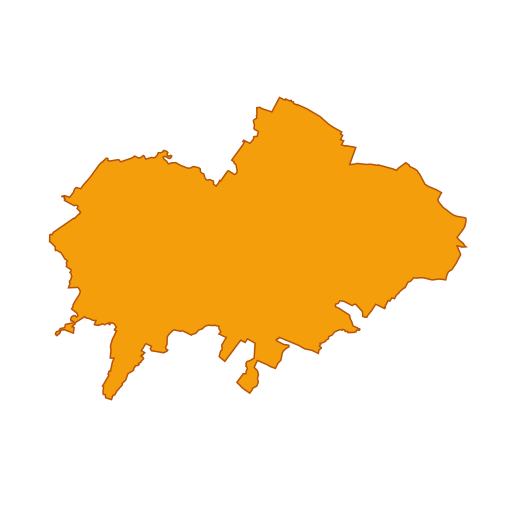 outline of Kota Malang, Jawa Timur, Indonesia, rotated 277°
{"feature_id": "22746128B9724218643478", "entity_name": "Kota Malang", "entity_type": "district", "adm_level": 2, "iso_a3": "IDN", "parent_name": "Indonesia", "parent_adm1": "Jawa Timur", "projection": "natural_earth1", "projection_center": [112.627, -7.981], "detail": "fine", "context": "isolated", "style": "filled", "palette": "amber", "viewbox_px": 512, "rotation_deg": 277, "n_neighbors": 0, "source": "geoboundaries", "source_scale": "gbopen_adm2", "svg_char_len": 6057}
<svg xmlns="http://www.w3.org/2000/svg" viewBox="0 0 512 512"><g transform="rotate(277 256 256)"><path d="M276.2,76.5L276.4,75.9L275.1,74.3L271.3,71.5L271.4,70.7L254.9,52.1L252.2,50.8L252.5,49.6L251.8,48.7L245.0,49.4L245.1,49.9L240.6,55.6L237.4,56.0L237.0,56.6L237.4,57.9L235.1,62.5L229.8,66.6L229.5,67.5L227.8,69.5L226.1,68.5L224.7,69.2L222.4,69.0L219.9,74.1L218.4,74.2L217.1,73.3L215.9,74.7L214.0,75.1L213.3,75.8L211.7,75.1L210.1,75.2L208.4,73.9L207.0,74.1L206.4,74.8L201.6,73.7L203.1,83.1L202.1,84.3L199.3,86.0L196.2,85.3L187.9,81.4L185.1,80.4L183.4,80.5L180.9,79.4L177.6,85.1L175.1,86.5L173.6,85.4L174.7,83.6L174.8,82.4L173.3,80.5L171.0,79.7L169.6,80.0L169.0,80.4L169.1,82.1L168.5,83.2L167.5,83.0L164.9,75.2L161.9,74.9L161.3,74.3L160.4,71.1L159.2,70.0L157.7,69.8L156.6,67.4L155.5,66.6L153.7,66.6L152.7,68.1L155.8,70.9L157.7,71.1L158.5,71.7L159.5,74.6L157.2,84.1L162.8,84.2L163.4,82.1L164.2,82.8L164.7,82.5L166.0,84.5L167.3,84.6L168.6,85.7L174.9,93.4L173.9,94.4L173.5,98.4L172.2,102.0L172.5,105.1L168.2,103.9L168.0,105.0L168.0,108.5L168.7,108.7L169.0,110.6L170.1,111.6L169.3,114.3L170.8,116.1L171.0,117.4L171.6,118.2L170.6,118.1L170.0,119.1L172.2,120.3L171.7,122.8L171.0,123.9L168.3,126.1L166.2,124.6L165.2,124.6L164.7,126.7L155.4,123.5L149.0,122.5L144.2,123.6L137.0,123.7L137.2,127.5L132.5,126.3L124.0,125.6L124.1,124.4L120.7,123.5L120.2,124.2L119.4,124.4L108.1,119.5L107.5,120.6L102.2,120.7L100.0,121.3L100.0,123.3L97.0,124.0L95.8,130.1L100.0,130.9L100.9,132.7L105.2,134.5L111.7,139.0L113.1,138.6L116.8,141.8L123.5,143.2L127.0,147.7L128.2,148.5L129.6,148.3L130.9,149.3L132.3,149.5L132.8,151.9L134.1,153.2L135.1,152.5L136.5,154.7L137.4,154.7L140.4,157.0L141.6,156.2L142.7,153.9L144.1,154.9L143.8,155.5L146.5,157.4L148.0,153.8L155.6,157.3L153.7,163.3L151.0,162.4L149.2,163.8L148.7,176.3L151.0,179.5L151.9,179.9L152.7,178.1L154.5,177.4L157.4,178.5L163.7,177.8L166.0,178.2L168.9,180.0L172.7,183.3L172.1,190.3L172.9,192.0L169.6,201.5L170.4,202.3L171.9,205.6L175.7,208.3L177.0,211.4L180.2,214.1L181.5,217.2L181.8,222.8L182.3,223.1L181.7,227.7L179.8,227.9L176.4,230.3L174.1,228.7L171.5,236.4L163.5,232.9L158.9,233.8L157.2,232.4L151.7,231.7L147.6,237.9L170.6,251.1L168.8,255.7L172.7,257.6L169.4,265.7L154.4,266.6L151.3,262.5L150.1,259.9L148.1,259.1L147.4,259.6L145.6,259.3L144.6,260.6L143.2,261.2L140.7,260.3L137.9,260.4L137.7,257.8L128.3,252.4L122.9,259.3L119.1,266.5L123.1,268.7L124.2,268.7L127.0,272.6L130.9,273.7L134.5,272.4L138.7,272.9L139.8,272.1L140.7,272.2L142.4,271.3L145.2,267.8L151.8,269.8L152.5,270.2L152.3,270.9L149.3,280.9L148.0,283.6L146.8,289.0L152.1,290.8L155.6,293.4L162.9,293.9L165.2,294.9L167.9,297.2L169.8,299.7L170.7,299.8L171.5,299.1L171.6,294.2L174.5,286.5L175.0,286.2L175.7,287.1L176.7,287.2L176.6,288.4L178.1,288.9L172.4,309.5L169.8,315.5L169.2,323.0L166.9,329.8L170.4,329.9L172.3,331.9L173.3,331.8L174.1,329.9L175.1,330.1L176.0,331.0L177.1,330.2L178.0,332.7L179.7,335.3L181.0,335.8L182.6,338.0L184.9,338.0L186.7,341.1L190.3,343.3L192.7,347.6L193.2,349.2L192.9,350.7L193.8,351.4L193.5,352.5L192.1,353.7L191.9,354.6L192.4,355.9L191.1,356.7L192.2,363.0L193.0,364.5L194.7,364.9L194.9,367.6L195.7,368.1L196.4,367.6L196.5,366.0L197.1,365.3L198.4,360.8L202.3,359.1L205.0,357.3L208.7,356.0L214.2,344.8L215.4,341.0L217.9,340.9L219.0,343.3L221.8,344.8L221.7,348.8L218.5,357.6L220.0,359.3L220.3,360.8L213.8,368.4L209.0,369.4L208.5,372.1L209.0,374.3L208.7,373.0L215.7,377.3L222.7,380.7L219.5,390.1L220.6,390.6L220.8,390.0L227.9,392.6L227.5,394.4L231.0,395.9L230.5,398.7L234.6,400.3L236.6,402.3L237.7,402.6L241.7,406.2L242.8,407.9L248.4,409.9L249.7,412.4L253.5,415.1L253.6,418.3L254.3,420.7L254.8,424.7L253.7,433.8L255.5,440.8L255.4,447.2L260.9,447.9L263.9,449.0L266.4,452.1L272.6,455.3L282.4,459.0L290.5,454.3L290.4,457.1L289.9,459.0L290.7,463.3L291.7,461.7L293.8,460.2L296.1,456.4L298.9,453.3L308.0,458.5L310.6,459.6L316.0,460.2L319.0,459.8L319.5,458.4L319.8,451.2L320.5,447.7L321.2,445.8L327.2,435.6L331.7,430.9L334.3,429.6L341.5,432.4L343.9,426.5L346.1,418.5L347.8,415.0L357.7,408.1L358.5,406.8L360.2,405.9L361.8,402.9L363.6,397.5L364.8,397.1L366.9,393.4L360.4,386.5L358.2,385.1L359.2,380.9L361.3,366.1L360.8,366.0L361.1,358.0L360.3,354.4L360.2,345.0L359.3,343.1L358.2,337.8L375.9,341.8L376.5,331.9L376.0,331.5L376.8,327.3L381.1,329.0L381.7,325.7L386.4,327.3L387.4,325.0L389.5,326.0L393.3,316.7L395.9,311.7L402.2,302.6L408.3,288.6L411.4,278.5L410.9,278.2L412.0,274.6L413.5,274.4L413.7,272.4L414.7,272.1L414.5,270.9L414.0,270.7L415.5,266.3L414.3,265.8L416.2,260.0L400.9,254.2L403.0,243.9L404.0,241.7L403.3,238.7L396.7,239.7L395.2,239.3L393.5,240.0L392.8,239.8L391.0,237.4L389.5,236.9L385.9,238.5L382.3,238.4L381.5,239.0L380.3,242.4L379.4,243.2L374.8,242.5L374.4,239.8L373.9,239.1L372.2,239.3L371.0,238.9L367.1,236.3L369.4,229.7L368.1,229.0L367.5,230.6L364.4,229.2L348.2,220.2L346.8,222.7L345.8,222.8L344.0,225.1L337.9,227.0L336.2,226.7L335.1,226.1L334.3,224.6L337.3,218.3L336.6,217.3L326.0,211.7L326.6,210.8L323.7,209.8L320.5,207.8L322.1,205.0L324.3,204.9L325.4,204.3L326.2,200.6L325.4,198.8L325.6,197.5L327.2,195.9L331.1,194.2L331.7,192.0L332.6,190.8L335.9,189.9L336.7,188.0L337.2,182.9L335.1,179.7L335.0,176.9L337.0,169.4L338.9,165.0L338.1,160.4L336.8,158.5L336.9,157.7L339.2,155.8L341.1,152.7L342.8,151.7L343.5,152.8L343.7,154.2L342.1,157.9L342.6,159.0L343.6,159.8L345.0,160.2L345.5,159.0L344.5,157.4L345.0,155.7L346.4,155.3L347.9,155.9L348.9,154.7L349.6,151.9L349.5,151.4L348.2,150.8L347.0,149.3L346.6,146.4L344.2,145.8L341.5,143.8L341.1,142.9L341.1,140.2L338.8,135.1L338.9,134.6L341.4,133.0L342.0,132.1L341.5,131.2L339.9,130.0L338.9,127.7L340.4,123.3L338.3,121.2L333.1,110.4L333.3,109.6L334.5,108.7L334.8,107.4L332.3,98.7L332.8,97.3L334.3,97.3L334.8,96.8L334.7,95.2L332.4,93.7L332.1,93.0L330.5,92.3L330.1,91.2L327.0,89.0L313.6,81.6L305.6,76.1L301.4,73.8L302.1,69.2L300.4,67.8L296.6,66.9L291.5,63.8L292.6,58.8L291.8,56.2L291.3,56.1L291.7,58.6L290.5,58.4L290.1,59.3L289.2,58.9L288.7,59.6L287.8,59.2L283.8,69.4L284.6,71.7L283.6,73.5L281.3,72.6L278.2,76.5L276.6,75.6L276.2,76.5Z" fill="#f59e0b" stroke="#b45309" stroke-width="1.5"/></g></svg>